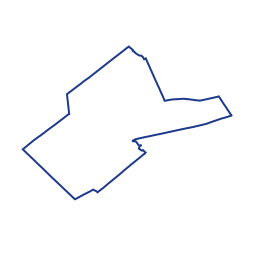 Salciile, Prahova, Romania, rotated 11°
{"feature_id": "2599482B44687697697875", "entity_name": "Salciile", "entity_type": "district", "adm_level": 2, "iso_a3": "ROU", "parent_name": "Romania", "parent_adm1": "Prahova", "projection": "equal_earth", "projection_center": [26.525, 44.832], "detail": "fine", "context": "isolated", "style": "outline", "palette": "blue", "viewbox_px": 256, "rotation_deg": 11, "n_neighbors": 0, "source": "geoboundaries", "source_scale": "gbopen_adm2", "svg_char_len": 4671}
<svg xmlns="http://www.w3.org/2000/svg" viewBox="0 0 256 256"><g transform="rotate(11 128 128)"><path d="M89.5,208.1L90.8,207.1L97.4,201.7L102.7,197.6L104.9,195.7L105.4,195.2L105.5,195.2L105.8,195.2L106.0,195.2L106.5,195.4L107.1,195.6L107.7,195.8L108.2,195.9L108.7,196.0L109.5,196.4L110.2,196.7L110.4,196.9L111.0,196.1L112.0,195.1L113.5,193.2L114.1,192.7L115.4,191.2L116.5,189.8L117.3,188.8L117.9,188.0L119.5,186.0L121.9,183.2L124.0,180.6L125.4,179.0L126.5,177.6L127.1,176.9L128.9,174.7L130.6,172.6L131.2,171.8L131.3,171.7L131.6,171.2L132.2,170.4L133.0,169.5L134.5,167.6L135.3,166.7L136.1,165.7L136.9,164.7L137.1,164.4L137.9,163.4L139.0,162.1L140.5,160.4L144.0,156.2L146.1,153.7L147.5,151.9L148.3,150.9L148.5,150.8L148.7,150.5L148.9,150.4L149.2,150.3L149.5,149.6L149.9,148.7L149.5,148.6L149.1,148.4L147.2,146.9L146.9,146.9L146.8,147.1L146.6,147.4L146.3,147.5L145.7,147.5L145.1,147.3L144.6,147.0L143.8,146.6L142.8,146.2L142.6,146.1L142.5,145.8L142.6,145.4L142.7,144.8L142.9,143.9L142.9,143.7L143.1,143.3L143.6,143.0L144.0,142.7L143.9,142.5L143.6,142.6L143.3,142.8L142.8,142.9L142.6,142.9L142.4,142.9L141.9,142.8L141.3,142.6L140.9,142.2L140.6,141.7L140.0,141.2L139.2,140.5L138.2,139.7L137.9,139.6L137.0,139.8L135.7,140.1L135.3,140.1L135.1,139.8L135.3,139.4L135.9,138.9L137.2,137.9L137.3,137.7L138.7,137.1L140.1,136.5L140.8,136.1L144.6,134.5L146.2,133.8L149.3,132.5L151.1,131.8L154.0,130.5L158.8,128.5L162.9,126.8L165.4,125.7L168.4,124.4L181.9,118.6L184.8,117.4L187.0,116.5L190.8,115.0L194.6,113.3L197.2,112.1L198.6,111.5L199.0,111.3L200.0,110.8L201.7,110.1L203.4,109.3L204.9,108.5L205.2,108.3L205.9,107.9L207.2,107.1L216.9,101.5L218.7,100.5L219.6,100.1L220.1,99.9L221.4,99.2L227.1,96.1L227.2,95.9L227.0,95.7L226.6,95.3L225.8,94.6L224.0,92.7L222.1,90.9L220.3,89.0L218.4,87.1L217.0,85.8L215.8,84.5L214.9,83.6L214.4,83.0L214.2,82.9L214.0,82.7L213.9,82.5L213.8,82.4L212.9,81.4L212.2,80.8L211.2,79.9L211.1,79.7L210.3,80.1L207.6,81.3L205.8,82.1L204.8,82.5L204.4,82.7L203.0,83.3L202.0,83.8L201.2,84.1L200.6,84.3L199.6,84.8L198.9,85.1L196.1,86.3L195.4,86.6L195.0,86.7L194.7,86.8L194.1,87.1L193.8,87.3L193.4,87.4L193.1,87.5L192.9,87.5L192.6,87.5L192.2,87.5L191.9,87.5L191.7,87.5L191.2,87.6L190.3,87.7L189.8,87.7L189.5,87.8L189.1,87.8L188.7,87.8L188.0,87.9L187.6,87.9L187.4,87.9L186.9,87.9L186.4,87.9L186.1,87.9L185.7,88.0L185.3,88.0L184.9,88.0L184.6,88.1L184.3,88.1L183.9,88.1L183.7,88.1L183.3,88.1L183.0,88.1L182.6,88.2L182.3,88.2L181.9,88.2L181.5,88.2L180.8,88.3L180.4,88.4L180.0,88.4L179.7,88.4L179.6,88.5L179.3,88.4L179.1,88.4L178.8,88.5L178.6,88.5L178.3,88.5L178.0,88.6L177.4,88.7L177.1,88.7L176.6,88.8L176.0,88.9L175.8,89.0L175.4,89.1L174.9,89.2L174.5,89.3L172.9,89.8L172.3,89.9L171.5,90.2L170.7,90.3L170.0,90.5L169.3,90.7L169.0,90.7L167.8,91.1L166.5,91.4L165.7,91.6L165.0,91.9L164.5,92.1L163.1,92.6L161.3,93.3L160.4,93.7L159.7,94.0L159.2,94.2L158.9,94.3L158.8,94.2L158.6,94.0L155.9,89.9L154.1,87.5L152.9,85.8L152.0,84.5L151.4,83.5L151.3,83.4L151.2,83.3L151.1,83.2L150.8,82.7L149.6,81.1L147.4,78.0L145.7,75.7L144.4,73.8L143.3,72.2L141.7,69.9L139.8,67.2L138.5,65.4L138.4,65.2L136.3,62.2L135.0,60.4L133.1,57.7L132.2,56.3L130.7,57.4L129.7,56.3L128.7,55.3L128.7,55.2L128.1,55.0L127.7,54.7L127.2,54.5L126.8,54.6L126.5,54.6L126.0,54.6L125.8,54.7L125.6,54.7L125.4,54.6L125.2,54.6L124.9,54.5L124.6,54.4L124.3,54.3L123.7,54.2L123.3,54.0L122.9,53.8L122.4,53.6L121.9,53.4L121.7,53.3L121.3,53.2L121.1,53.1L120.9,53.0L120.7,52.9L120.5,52.7L120.4,52.6L120.3,52.4L120.2,52.3L119.9,52.2L119.7,52.0L119.5,51.9L119.3,51.9L119.1,51.8L118.9,51.8L118.7,51.7L118.3,51.6L118.2,51.6L117.9,51.4L117.8,51.2L118.0,51.0L118.0,50.9L118.1,50.7L117.9,50.6L117.5,50.4L117.2,50.1L116.7,49.8L116.5,49.7L116.2,49.5L116.0,49.4L115.9,49.4L115.6,49.3L115.4,49.1L115.0,49.0L114.6,48.7L114.4,48.6L114.1,48.5L114.0,48.4L113.8,48.3L113.6,48.2L113.4,47.9L113.2,47.9L112.7,48.5L112.4,48.8L112.0,49.2L111.5,49.8L108.0,53.9L97.0,66.4L83.3,82.3L82.7,83.0L82.3,83.5L81.8,84.0L80.9,85.1L79.5,86.7L78.6,87.5L77.9,88.3L77.3,88.9L75.7,90.6L75.0,91.4L73.9,92.8L72.8,94.0L72.1,94.8L71.6,95.3L70.8,96.2L70.0,97.1L69.4,97.8L68.9,98.3L66.6,100.9L64.0,103.8L62.6,105.4L61.6,106.4L63.7,113.0L64.9,116.9L65.3,118.2L65.5,118.7L65.9,120.1L66.3,121.4L66.8,122.8L67.0,123.7L67.4,125.0L67.6,125.6L66.7,126.1L66.2,126.8L65.3,127.8L61.9,131.7L60.7,133.0L60.2,133.6L54.4,140.1L53.8,140.7L50.9,143.8L49.3,145.6L48.0,147.0L47.3,147.9L45.4,150.0L43.0,152.6L42.0,153.6L40.6,155.1L39.6,156.2L38.7,157.1L38.0,157.9L28.8,169.0L33.4,172.0L36.8,174.2L41.5,177.2L47.1,180.9L49.9,182.6L50.7,183.1L51.3,183.5L54.0,185.3L56.0,186.6L63.4,191.5L64.9,192.4L85.0,205.2L87.7,207.0L88.2,207.3L89.5,208.1Z" fill="none" stroke="#1e3a8a" stroke-width="2"/></g></svg>